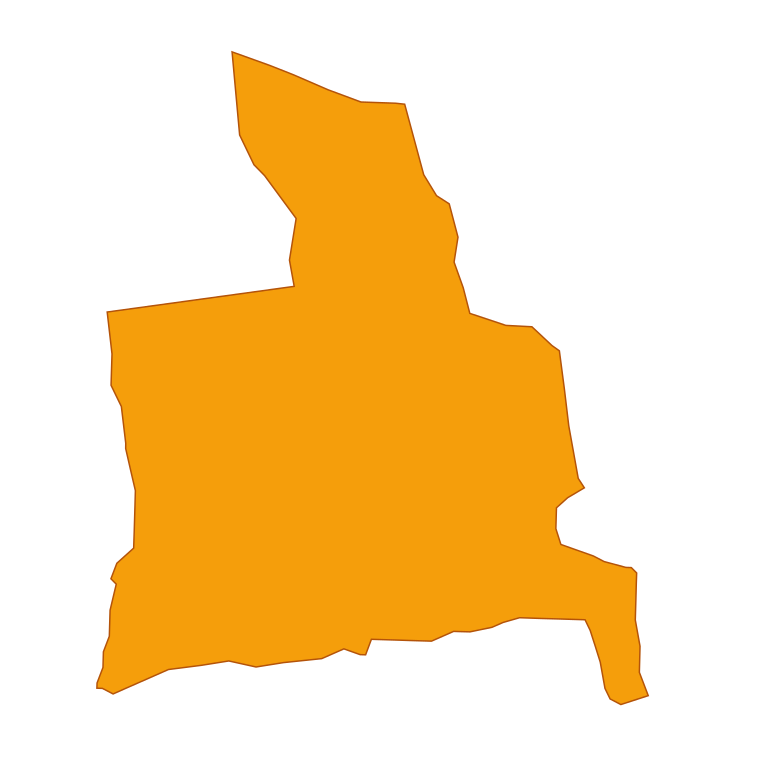 Kesm Mallawi, Al Minya, Egypt, rotated 273°
{"feature_id": "37247803B87955288089668", "entity_name": "Kesm Mallawi", "entity_type": "district", "adm_level": 2, "iso_a3": "EGY", "parent_name": "Egypt", "parent_adm1": "Al Minya", "projection": "robinson", "projection_center": [30.827, 27.729], "detail": "fine", "context": "isolated", "style": "filled", "palette": "amber", "viewbox_px": 768, "rotation_deg": 273, "n_neighbors": 0, "source": "geoboundaries", "source_scale": "gbopen_adm2", "svg_char_len": 1440}
<svg xmlns="http://www.w3.org/2000/svg" viewBox="0 0 768 768"><g transform="rotate(273 384 384)"><path d="M707.7,214.9L625.1,226.8L596.1,242.7L585.8,253.9L565.3,270.7L544.7,287.6L502.8,283.1L476.8,289.2L441.4,103.8L399.8,110.8L368.5,111.5L367.7,111.9L367.0,112.3L358.1,117.2L347.8,122.9L311.3,129.2L306.1,129.4L285.3,135.3L264.5,141.3L248.8,141.7L222.7,142.3L207.0,142.6L191.0,126.6L175.2,121.5L170.1,127.1L143.8,122.3L117.7,122.9L101.9,117.8L86.2,118.2L70.4,113.1L65.2,113.2L65.3,118.7L60.3,129.7L65.8,140.5L76.7,162.1L87.6,183.7L93.5,216.3L99.3,243.5L94.7,271.0L100.5,298.1L106.5,336.2L117.4,357.8L112.5,374.3L112.6,379.8L126.6,384.2L127.5,384.5L128.4,384.8L129.0,412.1L129.2,423.1L129.7,444.9L140.6,466.5L140.7,472.0L141.0,482.9L146.7,504.6L152.1,515.4L157.7,531.6L158.1,553.5L158.5,569.8L159.1,597.1L148.7,602.8L133.2,608.7L117.6,614.5L91.6,620.6L81.3,626.3L76.3,637.3L86.6,664.2L109.4,654.1L135.5,653.4L161.5,647.3L182.4,646.8L198.0,646.4L208.5,646.2L213.6,640.6L213.5,635.1L218.2,613.1L223.2,602.1L228.1,585.6L233.0,569.1L233.9,568.7L234.7,568.4L248.5,563.2L269.4,562.7L280.1,573.4L290.8,589.5L299.9,582.9L325.9,576.8L351.9,570.7L388.4,564.4L426.3,557.4L431.2,549.7L448.9,528.7L448.9,502.6L459.0,466.0L484.2,458.1L502.4,450.5L509.4,447.6L534.5,450.2L567.3,439.7L574.8,426.6L595.1,412.7L664.5,390.0L665.0,380.9L664.4,346.2L674.9,312.7L687.9,277.8L696.1,253.4L707.7,214.9Z" fill="#f59e0b" stroke="#b45309" stroke-width="1.5"/></g></svg>